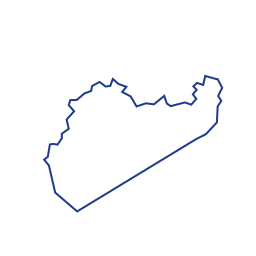 outline of Amelia, Virginia, United States of America, rotated 313°
{"feature_id": "52423323B30039093063253", "entity_name": "Amelia", "entity_type": "district", "adm_level": 2, "iso_a3": "USA", "parent_name": "United States of America", "parent_adm1": "Virginia", "projection": "robinson", "projection_center": [-77.89, 37.345], "detail": "fine", "context": "isolated", "style": "outline", "palette": "blue", "viewbox_px": 256, "rotation_deg": 313, "n_neighbors": 0, "source": "geoboundaries", "source_scale": "gbopen_adm2", "svg_char_len": 754}
<svg xmlns="http://www.w3.org/2000/svg" viewBox="0 0 256 256"><g transform="rotate(313 128 128)"><path d="M176.7,189.2L192.7,189.2L204.9,178.9L211.5,177.7L212.9,172.1L221.6,169.5L224.9,160.2L224.4,159.9L218.7,149.0L210.8,153.6L208.0,147.7L203.1,147.4L202.7,152.2L196.9,152.4L195.9,158.1L188.2,158.3L185.5,152.2L173.1,144.3L172.4,139.7L176.2,132.6L163.0,130.8L158.2,124.2L149.6,119.6L152.9,108.3L150.4,99.2L157.0,98.7L153.7,91.0L153.5,83.5L146.7,86.3L143.0,83.3L142.3,75.8L134.1,73.1L130.0,75.8L123.7,72.6L113.6,71.4L109.0,66.8L104.3,69.1L103.5,77.2L92.3,77.3L87.0,85.2L78.6,83.5L75.5,86.6L67.8,87.8L65.3,84.1L62.7,82.1L52.2,89.0L47.7,88.2L46.6,95.8L31.1,118.8L32.3,147.7L166.7,185.5L176.7,189.2Z" fill="none" stroke="#1e3a8a" stroke-width="2"/></g></svg>